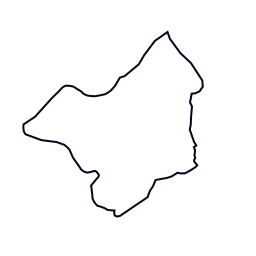 Dékoa, Kémo, Central African Republic (Natural Earth projection), rotated 326°
{"feature_id": "33826404B62845091164313", "entity_name": "Dékoa", "entity_type": "district", "adm_level": 2, "iso_a3": "CAF", "parent_name": "Central African Republic", "parent_adm1": "Kémo", "projection": "natural_earth1", "projection_center": [19.104, 6.266], "detail": "fine", "context": "isolated", "style": "outline", "palette": "ink", "viewbox_px": 256, "rotation_deg": 326, "n_neighbors": 0, "source": "geoboundaries", "source_scale": "gbopen_adm2", "svg_char_len": 1299}
<svg xmlns="http://www.w3.org/2000/svg" viewBox="0 0 256 256"><g transform="rotate(326 128 128)"><path d="M164.6,197.6L164.1,193.0L164.8,191.5L167.0,190.5L167.9,187.5L169.3,186.3L171.2,183.8L171.9,180.7L174.8,180.8L175.0,176.4L175.8,173.3L178.3,163.9L181.8,160.4L186.8,153.7L193.1,145.9L193.7,141.5L196.7,138.5L200.0,135.1L203.0,136.8L207.8,137.6L213.2,135.5L216.2,130.1L216.5,109.4L213.3,95.2L212.6,77.5L214.4,70.5L199.0,70.8L182.3,76.6L172.6,81.2L154.4,83.1L149.4,81.7L140.9,85.8L135.5,87.2L132.0,87.5L127.9,87.2L121.7,84.7L118.6,83.3L115.4,81.0L112.3,78.2L110.2,74.7L109.7,71.8L105.8,63.1L104.0,61.2L101.0,58.6L99.0,57.8L96.1,57.8L90.8,59.0L81.5,60.7L57.2,66.7L43.4,66.6L41.6,68.9L40.0,72.0L39.6,73.5L39.5,75.7L40.2,76.9L49.4,89.6L60.9,99.7L65.8,106.3L66.7,109.5L67.4,113.1L65.8,121.8L66.0,131.5L66.0,136.5L67.4,140.1L69.1,142.0L70.9,143.0L72.7,143.7L75.3,144.5L76.5,145.0L77.4,146.5L77.6,149.0L77.6,150.7L76.1,152.0L73.8,152.5L68.8,154.0L65.3,155.0L61.6,162.4L59.1,166.8L58.6,170.5L59.0,175.1L61.3,177.9L63.7,181.2L65.3,184.5L68.6,187.3L70.6,188.8L68.8,191.0L68.1,193.1L69.5,195.4L72.3,196.4L105.5,196.3L111.0,192.4L116.4,190.1L121.8,186.5L132.2,191.1L136.9,192.5L144.0,192.8L146.3,195.1L150.0,197.5L156.0,198.0L161.8,198.2L164.6,197.6Z" fill="none" stroke="#020617" stroke-width="2"/></g></svg>